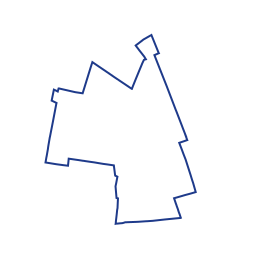 the district of Florica, Buzau, Romania, rotated 284°
{"feature_id": "2599482B16084496904113", "entity_name": "Florica", "entity_type": "district", "adm_level": 2, "iso_a3": "ROU", "parent_name": "Romania", "parent_adm1": "Buzau", "projection": "orthographic", "projection_center": [26.758, 44.911], "detail": "fine", "context": "isolated", "style": "outline", "palette": "blue", "viewbox_px": 256, "rotation_deg": 284, "n_neighbors": 0, "source": "geoboundaries", "source_scale": "gbopen_adm2", "svg_char_len": 2047}
<svg xmlns="http://www.w3.org/2000/svg" viewBox="0 0 256 256"><g transform="rotate(284 128 128)"><path d="M134.5,185.9L141.3,181.1L143.2,179.8L156.3,170.6L156.5,170.4L173.4,158.6L177.7,155.6L196.0,142.5L205.1,136.0L206.5,137.8L206.6,138.0L207.2,138.7L208.0,139.8L208.1,139.7L223.9,128.2L217.6,121.6L211.9,117.1L210.7,116.1L209.9,115.5L209.4,116.1L208.9,116.7L207.9,118.0L207.0,119.1L206.1,120.2L203.7,123.3L202.2,125.2L201.3,126.4L200.8,126.9L199.6,128.1L199.0,128.7L198.4,127.6L198.3,127.4L198.0,127.0L197.6,126.9L195.7,126.5L195.1,126.4L194.2,126.2L192.7,126.0L186.1,125.0L177.3,123.7L169.5,122.6L166.9,122.3L166.9,122.2L174.1,102.3L178.0,91.9L178.1,91.7L178.5,90.5L181.3,82.9L183.3,77.5L181.5,77.4L181.1,77.3L180.3,77.3L177.6,77.1L150.7,75.6L150.0,68.1L149.7,53.3L149.7,51.5L149.6,51.1L146.4,51.0L146.9,49.0L147.3,46.8L136.1,47.3L135.9,48.4L135.0,52.6L133.9,52.6L116.2,53.6L100.6,54.4L99.7,54.4L98.4,54.5L91.8,55.0L90.6,55.1L87.9,55.4L80.8,55.9L80.2,55.9L78.7,56.0L77.3,56.1L74.6,56.3L75.5,67.1L76.2,73.3L76.2,73.5L76.9,78.9L83.9,77.9L84.3,81.9L84.9,87.7L85.3,92.2L85.4,92.6L85.6,95.1L85.9,98.1L86.5,103.9L86.8,107.9L87.2,112.8L87.7,117.2L88.3,123.3L85.0,124.6L82.2,125.7L80.6,126.3L78.7,127.1L78.2,129.5L71.4,129.9L68.4,130.0L57.3,133.8L57.3,135.3L54.7,135.8L54.2,135.9L51.2,136.5L47.8,137.2L45.9,137.3L41.7,137.9L37.9,138.4L35.5,138.7L34.1,138.9L33.1,139.1L32.9,139.1L32.1,139.2L32.2,139.4L32.5,140.2L32.7,140.9L33.0,141.7L33.1,142.0L33.5,143.1L33.9,144.3L34.3,145.5L34.9,146.6L35.8,148.0L37.4,153.5L38.9,158.7L39.4,160.4L41.8,167.8L42.4,169.8L43.9,174.4L48.2,186.0L53.5,200.9L53.6,201.0L54.1,200.6L54.7,200.3L55.6,199.7L56.9,198.9L58.4,197.8L60.0,196.8L61.2,196.1L64.3,194.0L65.0,193.6L66.3,192.7L71.0,189.7L75.5,197.5L75.7,197.8L76.1,198.5L76.8,199.7L78.4,202.6L79.8,205.1L81.5,208.0L82.2,209.2L83.1,208.7L90.4,204.5L91.8,203.6L92.9,202.9L94.7,201.8L97.2,200.3L111.4,191.5L115.9,188.3L120.0,185.5L126.0,181.3L130.0,187.5L130.5,188.2L130.6,188.4L133.3,186.6L134.5,185.8L134.5,185.9Z" fill="none" stroke="#1e3a8a" stroke-width="2"/></g></svg>